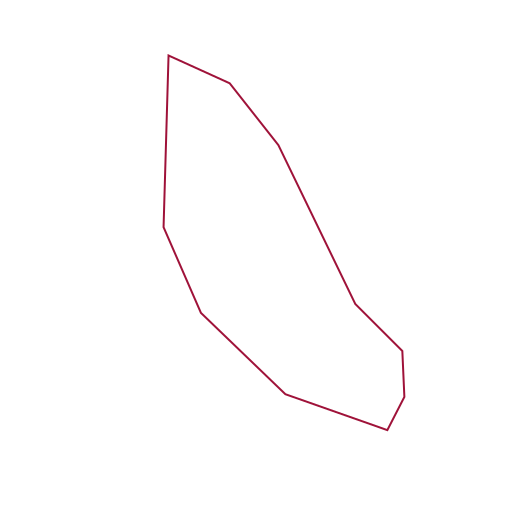 the Unitary Authority of Blackpool, rotated 149°
{"feature_id": "GBR-5670", "entity_name": "Blackpool", "entity_type": "Unitary Authority", "adm_level": 1, "iso_a3": "GBR", "parent_name": "United Kingdom", "parent_adm1": "", "projection": "orthographic", "projection_center": [-3.016, 53.839], "detail": "fine", "context": "isolated", "style": "outline", "palette": "rose", "viewbox_px": 512, "rotation_deg": 149, "n_neighbors": 0, "source": "natural_earth", "source_scale": "10m", "svg_char_len": 295}
<svg xmlns="http://www.w3.org/2000/svg" viewBox="0 0 512 512"><g transform="rotate(149 256 256)"><path d="M227.7,472.9L189.6,417.6L179.7,339.5L195.6,163.7L179.5,99.2L201.4,58.8L233.1,39.1L302.0,122.4L332.5,235.6L320.4,328.3L227.7,472.9Z" fill="none" stroke="#9f1239" stroke-width="2"/></g></svg>